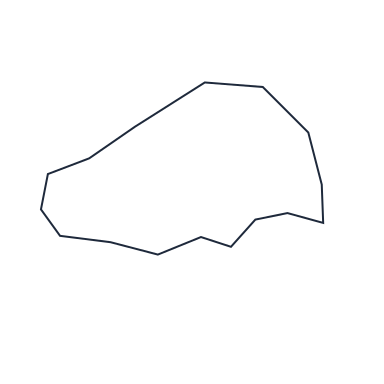 Öckerö, Sweden (Equal Earth projection), rotated 225°
{"feature_id": "70781695B5566617801013", "entity_name": "Öckerö", "entity_type": "district", "adm_level": 2, "iso_a3": "SWE", "parent_name": "Sweden", "parent_adm1": "", "projection": "equal_earth", "projection_center": [11.661, 57.718], "detail": "fine", "context": "isolated", "style": "outline", "palette": "slate", "viewbox_px": 384, "rotation_deg": 225, "n_neighbors": 0, "source": "geoboundaries", "source_scale": "gbopen_adm2", "svg_char_len": 366}
<svg xmlns="http://www.w3.org/2000/svg" viewBox="0 0 384 384"><g transform="rotate(225 192 192)"><path d="M306.6,102.8L286.5,72.9L254.3,67.7L214.1,98.9L171.9,123.6L153.8,166.5L125.7,180.8L127.7,217.3L109.6,244.6L77.4,262.9L105.5,289.0L151.8,316.3L216.2,316.3L260.4,278.5L278.5,197.8L288.5,143.1L306.6,102.8Z" fill="none" stroke="#1e293b" stroke-width="2"/></g></svg>